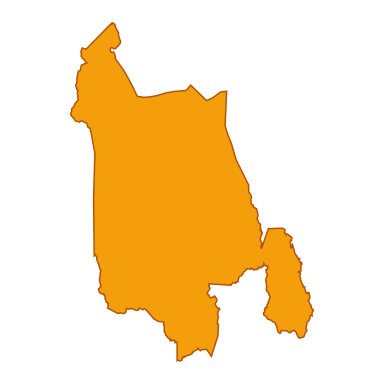 Nawa, Bas-Sassandra, Ivory Coast
{"feature_id": "98640826B56207519899242", "entity_name": "Nawa", "entity_type": "district", "adm_level": 2, "iso_a3": "CIV", "parent_name": "Ivory Coast", "parent_adm1": "Bas-Sassandra", "projection": "equal_earth", "projection_center": [-6.491, 5.911], "detail": "fine", "context": "isolated", "style": "filled", "palette": "amber", "viewbox_px": 384, "rotation_deg": 0, "n_neighbors": 0, "source": "geoboundaries", "source_scale": "gbopen_adm2", "svg_char_len": 5980}
<svg xmlns="http://www.w3.org/2000/svg" viewBox="0 0 384 384"><path d="M94.2,255.8L94.6,255.4L94.8,254.2L96.7,257.0L96.9,260.0L99.0,265.2L99.7,268.5L100.9,270.6L100.4,272.3L99.9,277.5L99.4,279.1L99.7,280.6L99.4,281.1L100.0,282.1L100.4,284.4L101.1,286.5L101.0,286.8L99.8,287.3L99.4,288.3L98.6,288.8L98.4,289.4L98.7,289.8L99.1,291.7L100.7,293.6L103.1,293.8L103.9,294.2L103.6,294.6L104.8,295.7L105.1,296.9L105.0,298.2L106.4,302.3L107.4,302.4L107.8,303.5L108.3,303.6L108.0,305.4L108.2,306.1L107.6,308.1L117.7,313.4L120.7,312.9L123.9,313.7L125.9,312.1L126.1,311.2L125.8,309.9L126.7,308.5L126.9,308.9L128.4,309.2L130.4,308.4L130.8,308.8L132.9,308.8L134.2,309.7L136.9,310.4L138.4,310.0L139.2,308.2L139.7,308.0L140.3,308.7L141.7,308.9L142.6,309.8L144.6,308.9L145.9,309.6L153.8,318.8L158.2,321.4L163.8,322.1L164.0,323.3L163.5,324.0L164.0,324.7L163.9,325.6L164.3,326.4L164.2,331.4L165.2,332.9L165.7,335.2L166.7,335.9L167.4,337.2L168.2,337.6L168.4,338.2L169.6,339.0L170.4,339.0L170.0,339.9L170.3,340.3L170.2,340.7L171.8,340.8L172.2,340.0L173.4,340.4L173.8,340.1L174.4,340.4L174.6,341.4L175.1,341.3L175.2,342.6L175.9,341.9L177.1,342.5L177.1,360.0L177.3,359.7L179.3,361.0L181.9,360.3L182.1,359.8L182.1,358.1L182.7,358.0L183.2,356.8L183.9,357.4L184.2,357.4L184.7,356.4L185.3,356.5L185.9,356.0L188.8,355.3L190.0,354.5L191.8,354.1L192.5,352.2L193.4,352.0L195.5,350.3L197.5,349.5L197.8,348.2L200.3,350.7L201.2,349.8L206.6,349.3L211.4,356.3L217.9,335.9L218.5,324.3L217.6,324.2L217.2,322.9L218.3,317.1L217.6,313.3L218.3,310.4L219.4,309.8L219.8,309.0L219.4,308.2L217.6,308.1L215.7,305.5L215.2,303.7L216.3,302.0L216.9,299.9L216.7,299.1L215.4,296.9L214.7,296.0L213.5,297.1L212.5,296.9L211.2,297.7L209.8,297.6L209.0,295.4L208.4,294.5L207.7,294.3L207.3,293.8L207.4,292.8L208.8,290.3L210.0,288.7L209.9,287.9L208.7,286.3L209.2,285.1L208.9,283.8L231.0,285.2L232.8,282.5L234.2,283.1L235.2,282.5L235.8,283.1L236.9,281.8L238.0,281.8L238.2,279.7L239.3,276.6L241.6,275.6L242.7,273.8L243.4,273.4L243.4,272.2L245.8,270.5L245.9,269.4L246.5,269.0L247.2,269.2L247.7,268.7L250.8,269.3L251.4,268.2L251.7,268.1L253.9,270.1L254.6,269.4L255.8,269.7L258.0,269.1L258.0,267.8L258.8,267.9L258.9,267.0L260.7,267.8L261.6,267.5L262.5,266.1L262.9,266.3L263.0,265.9L263.4,265.9L263.9,264.8L263.9,263.5L265.4,265.9L266.4,266.1L267.6,265.7L267.9,267.0L267.4,269.1L266.8,269.6L266.3,269.3L265.9,270.5L266.3,271.6L266.2,272.6L266.9,273.2L267.5,274.5L267.0,275.4L266.9,276.8L265.8,278.9L265.8,281.5L266.5,284.0L266.5,286.0L266.8,287.4L266.3,288.9L266.6,290.3L266.5,291.0L268.5,292.3L268.3,293.2L269.2,294.2L269.2,295.2L270.2,296.9L269.8,298.2L269.2,299.2L269.0,300.7L268.1,302.2L268.2,303.3L267.1,304.8L266.8,306.8L267.1,307.4L265.5,307.5L264.8,308.7L264.6,311.6L264.3,312.3L263.7,312.6L263.6,314.8L265.9,316.5L268.1,319.3L270.8,320.0L272.9,321.9L274.1,322.0L274.6,322.5L275.3,323.4L276.7,326.8L277.8,331.3L278.4,332.2L279.9,333.4L280.9,332.7L280.9,331.1L281.1,330.5L287.2,331.0L289.6,332.9L293.8,330.3L296.1,332.1L296.9,334.4L298.7,337.8L299.6,337.4L300.3,338.1L301.9,337.3L303.7,337.0L304.7,334.6L304.9,333.5L307.0,330.5L306.2,329.1L306.1,328.2L306.4,325.3L306.9,324.3L306.8,322.7L309.0,320.5L309.8,318.6L310.0,316.4L310.3,315.7L311.4,315.3L312.0,315.8L312.1,312.6L313.3,310.6L313.4,310.2L312.9,309.5L311.2,308.0L311.2,305.7L309.9,303.9L309.1,301.9L308.3,300.8L308.3,300.2L309.2,299.6L309.9,297.4L309.8,295.8L309.1,295.1L309.3,293.7L308.6,292.6L307.9,293.2L307.2,292.5L306.7,293.0L306.1,292.8L304.6,288.5L304.7,286.9L304.0,287.2L303.4,287.0L303.1,285.3L302.0,283.6L300.5,279.5L300.4,277.4L299.6,275.4L300.4,273.9L300.3,273.1L299.9,272.4L299.2,272.7L298.2,272.0L298.5,271.7L299.7,271.6L301.0,271.0L301.1,270.2L300.6,269.4L301.0,267.9L300.8,265.9L300.9,265.3L301.9,264.3L301.7,262.7L301.0,262.2L300.7,263.0L299.7,261.8L299.3,259.9L299.6,258.7L298.3,259.1L298.1,258.0L296.8,257.0L297.0,256.0L295.2,254.1L294.2,251.3L294.3,250.2L293.4,248.3L293.1,246.1L292.3,245.8L292.3,244.8L291.7,245.7L291.6,247.8L290.8,247.8L290.1,248.3L291.0,246.6L290.7,245.7L291.1,244.8L290.5,244.1L290.2,241.9L290.4,241.0L291.2,240.9L291.7,240.2L291.3,239.4L291.8,238.6L291.9,237.5L287.4,234.0L286.7,234.2L286.1,234.9L285.3,233.1L284.5,232.9L285.0,230.6L284.9,229.5L282.4,228.2L268.4,228.7L261.6,248.1L261.0,248.0L260.8,247.5L261.2,246.6L261.1,245.6L261.7,245.1L262.1,243.9L260.1,239.8L260.5,238.2L260.6,236.6L261.7,235.1L261.9,233.8L261.5,233.6L261.6,233.3L262.1,233.1L262.3,232.6L261.0,230.4L260.8,230.2L260.5,230.7L260.1,230.6L261.0,228.9L260.3,228.3L260.6,226.6L260.3,225.7L260.5,224.4L258.4,222.2L258.0,220.2L257.1,219.4L258.0,214.9L256.6,209.1L256.4,208.7L255.3,208.4L254.6,207.4L253.4,207.1L253.2,205.2L251.9,204.6L251.3,203.7L250.8,199.1L251.5,197.5L250.7,194.4L249.4,193.1L248.6,191.6L248.8,188.7L248.5,187.2L248.8,185.4L236.1,159.8L231.2,143.0L227.5,134.0L225.1,125.8L226.6,91.2L224.1,91.7L222.1,91.7L220.2,92.3L212.6,97.9L206.6,100.6L190.7,85.2L186.0,90.5L173.3,91.5L171.6,92.1L167.2,92.6L156.4,95.8L148.3,97.1L143.5,97.3L137.5,96.3L136.8,95.4L131.4,84.1L124.0,70.8L115.3,58.6L115.4,56.8L114.6,54.1L114.0,53.2L113.7,52.0L111.2,52.3L110.3,50.7L110.3,48.9L111.0,47.7L112.0,47.7L114.3,48.9L115.7,48.3L116.4,47.8L116.9,46.7L118.3,46.0L119.2,44.3L120.1,43.6L120.5,42.0L120.5,41.0L119.7,39.4L118.4,34.8L118.7,33.2L116.1,28.6L115.2,26.1L115.1,24.9L114.0,23.6L112.8,23.0L111.7,24.4L111.2,24.1L111.3,23.6L110.9,23.9L86.1,49.2L82.2,48.0L82.0,48.4L80.8,52.1L81.4,53.4L81.4,54.6L81.0,56.0L81.6,56.6L82.4,58.4L83.7,59.2L86.1,62.4L86.8,62.9L81.6,65.0L81.1,65.9L80.9,67.8L80.2,70.3L79.7,70.9L78.3,71.2L76.9,78.6L77.0,82.1L75.7,85.6L76.1,86.8L76.5,87.1L76.7,89.0L77.6,90.2L78.1,90.3L77.4,92.2L77.4,94.2L78.0,96.0L77.7,97.1L78.3,99.6L76.0,102.6L75.1,103.3L74.2,106.1L71.7,108.8L71.6,111.3L70.6,113.7L71.4,115.9L72.6,117.0L75.0,120.4L76.1,121.2L79.4,122.0L81.8,120.7L84.5,122.4L85.6,122.5L87.5,124.3L87.2,125.5L88.2,127.5L89.9,128.3L90.3,128.9L90.3,130.5L90.8,132.2L91.1,132.5L94.9,153.7L93.6,197.8L94.2,255.8Z" fill="#f59e0b" stroke="#b45309" stroke-width="1.5"/></svg>